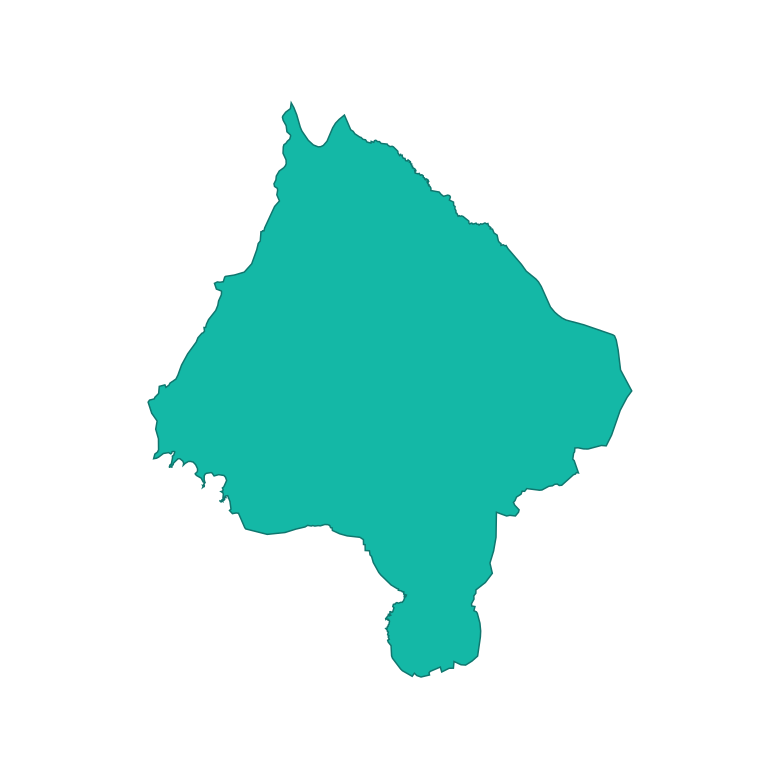 the district of Don Chan, Kalasin, Thailand, rotated 258°
{"feature_id": "78962969B80521164752578", "entity_name": "Don Chan", "entity_type": "district", "adm_level": 2, "iso_a3": "THA", "parent_name": "Thailand", "parent_adm1": "Kalasin", "projection": "mercator", "projection_center": [103.693, 16.477], "detail": "fine", "context": "isolated", "style": "filled", "palette": "teal", "viewbox_px": 768, "rotation_deg": 258, "n_neighbors": 0, "source": "geoboundaries", "source_scale": "gbopen_adm2", "svg_char_len": 6154}
<svg xmlns="http://www.w3.org/2000/svg" viewBox="0 0 768 768"><g transform="rotate(258 384 384)"><path d="M678.3,351.7L672.8,349.7L670.3,344.3L667.0,340.6L666.0,340.1L662.9,340.2L657.0,342.0L650.9,341.5L647.2,344.2L646.1,344.3L643.1,342.7L641.6,340.0L639.8,338.1L638.9,335.9L636.9,334.8L630.7,333.2L623.6,334.8L619.7,334.1L618.0,332.9L616.4,331.0L614.1,325.8L609.8,321.9L606.1,320.7L602.7,318.0L600.0,318.0L597.5,320.4L595.5,320.2L591.3,318.5L584.8,319.8L580.4,313.9L561.6,299.8L558.8,298.4L559.1,297.2L558.4,296.2L558.5,295.3L549.6,292.7L547.6,290.2L541.7,287.4L529.1,279.6L522.5,270.6L521.7,260.2L522.2,251.4L521.7,250.4L517.5,248.1L517.6,244.7L518.5,242.2L517.7,239.1L511.7,239.8L508.9,244.1L508.0,244.3L505.0,243.4L499.7,239.5L495.5,237.8L490.9,234.7L483.5,225.8L479.5,222.8L476.4,221.3L476.7,219.7L472.9,219.4L471.6,217.5L471.5,216.4L467.9,211.6L464.1,209.1L454.4,198.3L444.6,189.9L435.6,184.3L432.1,181.5L429.4,174.9L427.6,173.4L426.0,170.0L428.7,169.5L428.4,163.7L421.6,161.6L418.7,157.2L417.2,156.1L417.0,151.3L415.3,149.5L403.7,150.7L395.0,154.4L387.3,151.3L377.3,152.0L366.5,149.8L364.5,148.3L363.1,145.3L358.8,143.1L358.7,146.0L359.3,148.3L361.9,153.8L361.7,159.0L360.0,160.9L360.3,161.7L361.9,162.7L361.7,164.6L361.3,165.2L360.7,165.1L358.0,163.4L357.4,162.0L355.8,161.8L350.1,159.4L349.3,157.8L347.3,156.7L347.3,156.2L347.2,156.9L348.4,157.7L347.2,158.1L346.8,159.2L348.6,159.9L348.8,160.9L350.4,161.7L353.7,166.9L353.4,168.8L350.4,171.2L348.2,171.6L346.3,170.8L347.7,173.0L348.9,176.5L348.5,178.7L347.3,181.1L344.2,183.0L340.0,184.0L337.6,183.5L336.4,182.4L335.7,180.8L335.0,180.7L333.5,181.6L329.9,185.6L325.8,186.7L324.8,188.3L323.4,186.7L321.9,186.8L322.3,185.6L321.5,185.8L321.1,186.1L321.1,185.5L320.6,185.2L321.1,186.2L322.1,185.8L321.4,186.9L322.2,187.1L321.9,187.5L323.1,186.7L324.7,188.4L327.9,188.2L331.6,189.1L333.0,190.3L333.6,191.7L333.3,196.5L332.5,197.4L329.4,198.7L329.7,203.5L327.8,208.4L325.7,209.6L322.3,210.0L316.7,205.9L315.9,204.3L314.2,204.7L312.8,204.0L312.7,202.2L311.2,203.7L309.9,204.0L305.8,202.7L305.2,203.0L304.5,202.4L304.4,201.4L303.5,201.0L303.5,199.7L304.3,198.8L302.5,200.1L303.3,201.3L302.6,201.9L303.8,202.1L303.5,203.0L304.1,204.1L306.3,204.4L305.9,205.6L306.7,205.1L307.3,205.4L307.3,207.9L301.1,208.9L293.4,208.3L292.4,206.6L288.7,208.8L288.6,212.6L287.8,214.8L272.5,217.9L271.0,218.6L261.2,238.5L259.3,256.3L260.4,267.7L260.6,277.1L261.6,279.9L260.2,283.4L260.4,284.9L259.4,286.8L259.2,290.1L258.5,292.3L258.9,296.9L258.1,299.9L256.9,301.5L254.6,301.9L254.1,303.3L251.5,303.1L246.7,309.5L243.1,316.4L239.1,328.5L236.1,331.5L231.3,330.6L230.8,332.1L225.0,331.0L223.9,335.1L219.7,334.8L217.9,336.0L211.6,336.4L200.8,339.7L197.8,341.2L185.9,349.2L181.2,354.2L180.6,355.5L179.3,355.1L177.9,358.2L176.9,358.7L176.6,360.1L174.4,359.6L172.9,362.0L171.5,361.0L172.5,359.8L171.6,359.4L170.9,359.9L168.0,358.1L166.6,356.3L167.0,355.3L166.6,352.5L167.5,351.2L167.1,349.7L166.5,349.4L166.5,347.4L164.5,346.3L163.1,347.2L159.4,345.2L159.0,344.1L159.9,343.3L160.0,342.5L157.9,342.0L157.8,340.9L156.5,342.4L156.1,341.1L156.8,340.2L154.1,336.8L153.3,336.9L153.9,337.9L153.0,338.4L152.9,339.2L152.1,339.0L151.9,339.8L150.9,340.1L148.1,339.0L147.2,337.9L146.3,337.9L145.7,336.7L144.6,336.5L144.5,334.9L142.3,336.1L141.2,335.9L140.4,336.7L138.0,335.4L136.6,336.4L135.7,335.5L133.2,336.1L132.6,334.3L130.6,334.5L126.6,336.5L116.5,334.9L113.9,335.3L101.8,341.0L99.7,342.4L92.2,350.8L94.8,353.6L92.0,355.5L89.7,359.3L89.9,368.0L92.2,368.0L93.3,369.4L95.4,380.2L90.3,380.6L92.4,388.6L91.6,392.8L98.0,394.8L93.4,400.9L92.1,405.4L94.7,412.5L98.4,419.0L116.6,425.7L122.3,427.2L130.1,428.1L140.3,427.6L141.9,427.0L143.6,424.8L147.4,426.7L148.6,423.7L150.9,423.9L154.9,427.3L158.1,427.8L160.2,430.3L163.5,431.1L168.8,441.9L176.3,450.6L186.8,450.4L197.9,456.5L210.8,461.7L235.2,467.3L229.4,476.5L229.4,479.8L227.6,485.1L230.6,488.9L232.8,490.0L238.2,486.7L241.3,486.0L242.7,487.9L245.9,490.1L247.7,495.1L250.4,496.8L249.8,499.3L252.0,501.9L247.8,514.0L247.5,516.5L249.7,524.0L249.4,527.6L250.4,530.2L250.1,532.7L248.3,534.3L248.0,536.8L255.9,550.5L256.1,552.5L257.4,553.8L256.6,555.7L269.5,554.1L271.2,553.0L276.9,555.1L278.0,556.3L281.7,557.4L281.3,560.5L279.1,565.5L278.0,570.0L278.7,583.8L277.3,588.5L286.7,596.0L309.2,609.6L320.4,619.0L325.7,624.9L348.6,618.3L368.6,620.1L378.7,620.3L383.1,619.5L384.6,618.0L400.4,591.7L408.7,575.4L411.5,571.9L415.3,568.5L418.8,565.9L424.7,562.8L446.7,558.1L451.8,556.3L455.1,554.4L464.8,546.6L472.4,543.3L490.6,533.4L494.1,532.2L494.0,531.1L495.4,529.5L495.2,527.3L497.1,527.6L498.3,526.4L500.2,525.6L506.1,525.6L508.9,523.0L512.9,522.3L513.8,520.2L514.8,521.0L517.1,519.1L519.4,519.0L519.3,517.7L520.5,516.2L519.9,513.2L520.6,511.9L519.7,510.0L520.6,509.6L521.0,508.0L522.2,507.5L521.9,505.2L522.2,503.8L523.1,503.4L523.2,502.7L522.7,501.2L523.9,500.5L525.7,500.8L531.4,496.2L532.3,494.8L532.2,493.4L533.0,492.6L532.7,491.4L535.7,490.8L536.5,490.0L538.7,490.4L540.8,489.7L542.8,490.4L544.1,489.3L547.5,489.8L550.3,486.2L553.1,487.8L554.6,487.3L555.5,485.7L555.2,481.3L557.7,479.2L560.3,477.9L563.5,470.1L565.9,470.6L567.8,470.0L568.7,468.9L569.3,469.5L571.0,468.5L572.0,469.1L571.8,468.4L572.4,468.2L573.4,468.4L573.1,469.7L574.6,469.4L575.8,468.1L575.9,467.4L575.2,467.1L575.5,466.6L577.3,466.3L577.9,465.4L579.4,465.7L580.8,464.5L580.7,463.0L582.7,462.2L582.5,461.1L583.8,458.4L586.1,458.4L585.7,459.3L586.3,459.6L588.3,458.7L588.6,457.7L589.2,457.7L589.6,456.8L591.1,457.2L591.7,456.3L593.4,456.8L593.7,455.9L595.8,456.0L595.7,455.0L596.8,455.3L598.2,454.1L597.3,453.1L598.0,451.6L600.3,451.4L600.8,449.8L603.1,449.1L604.0,449.4L604.2,448.1L605.0,448.0L604.2,446.8L607.0,445.7L608.8,445.9L614.0,442.5L614.8,441.4L615.0,439.2L616.8,437.4L618.0,437.0L619.9,431.2L622.0,430.0L622.5,428.0L624.1,426.7L624.0,425.3L622.5,424.2L624.0,421.9L622.4,421.3L624.2,417.7L626.7,416.7L627.7,414.3L630.1,412.7L630.4,411.8L634.8,407.5L637.5,406.4L639.6,404.3L655.3,401.2L652.2,395.2L649.2,390.8L645.3,387.1L633.3,378.7L630.0,374.3L629.3,371.5L629.6,369.0L632.5,364.6L638.1,360.6L648.5,356.3L652.6,355.5L665.5,354.6L673.1,353.3L678.3,351.7Z" fill="#14b8a6" stroke="#0f766e" stroke-width="1.5"/></g></svg>